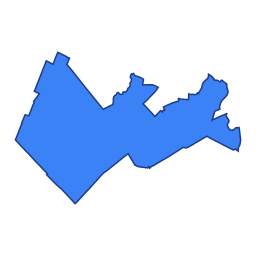 Chau Thanh A, Hau Giang, Vietnam
{"feature_id": "81297802B94036559538482", "entity_name": "Chau Thanh A", "entity_type": "district", "adm_level": 2, "iso_a3": "VNM", "parent_name": "Vietnam", "parent_adm1": "Hau Giang", "projection": "natural_earth1", "projection_center": [105.675, 9.93], "detail": "fine", "context": "isolated", "style": "filled", "palette": "blue", "viewbox_px": 256, "rotation_deg": 0, "n_neighbors": 0, "source": "geoboundaries", "source_scale": "gbopen_adm2", "svg_char_len": 5713}
<svg xmlns="http://www.w3.org/2000/svg" viewBox="0 0 256 256"><path d="M208.5,74.2L208.5,74.5L208.5,75.3L208.5,75.8L208.3,76.5L208.1,77.2L208.1,77.6L207.8,78.4L207.7,78.5L207.4,78.6L206.9,79.0L206.0,79.8L204.4,81.3L203.6,82.0L203.1,82.8L203.0,83.0L202.5,84.7L202.2,85.3L201.6,87.8L201.1,88.9L201.0,89.2L200.7,89.5L200.4,90.0L198.9,92.6L198.4,93.4L198.0,92.8L197.8,92.7L197.2,93.3L195.9,94.5L194.5,94.6L193.7,94.5L193.1,94.4L192.4,94.3L191.4,94.4L190.7,94.4L189.8,94.3L188.8,93.9L188.7,95.6L188.5,98.5L188.4,99.6L185.6,99.5L182.7,99.2L181.6,99.3L179.7,98.7L178.8,98.4L178.3,98.8L178.7,101.0L172.0,103.1L170.7,103.7L170.4,103.8L167.9,104.9L163.4,107.0L164.7,110.3L162.8,110.5L162.5,112.0L160.5,110.6L159.9,111.3L154.9,116.6L153.7,115.2L152.8,114.2L152.1,113.4L151.9,113.1L149.8,111.0L146.8,107.6L145.5,106.2L144.6,105.2L144.0,104.8L143.3,104.3L143.0,103.9L146.7,100.4L149.4,97.6L155.3,91.5L158.2,87.6L157.8,87.3L157.0,86.7L155.8,86.1L154.3,85.5L152.9,85.0L152.6,84.8L152.1,84.7L151.5,84.8L151.1,84.8L150.3,84.7L146.7,84.8L144.2,84.9L143.8,85.0L143.5,85.1L142.6,84.8L143.4,80.2L143.5,80.0L143.4,79.3L143.1,78.9L141.7,78.2L139.3,77.1L137.2,76.3L135.4,75.8L134.8,75.5L134.3,74.7L133.9,73.9L133.6,73.6L133.3,73.4L133.1,73.5L132.7,74.1L132.2,74.2L131.9,74.2L131.6,73.9L130.9,74.8L130.7,75.2L130.6,75.9L130.4,76.3L130.3,76.7L130.4,77.3L130.6,77.8L130.9,78.2L131.3,78.8L131.4,79.1L131.4,80.2L131.3,80.8L131.0,81.6L130.6,82.2L130.4,82.8L129.9,83.2L129.9,83.5L129.9,83.8L130.1,84.2L130.2,84.5L129.8,86.8L129.6,87.1L129.2,87.5L128.5,87.8L128.3,88.0L127.9,88.2L127.8,88.4L127.9,88.9L127.9,89.2L127.7,89.4L127.3,89.9L126.9,90.6L126.3,91.5L125.9,91.8L125.4,92.1L124.9,92.1L124.2,91.9L123.9,91.8L123.5,92.0L123.1,92.2L122.8,92.6L122.8,93.2L122.7,93.9L122.4,94.2L121.8,94.3L120.5,94.4L119.9,94.3L119.6,94.0L119.2,93.6L118.7,92.8L118.4,92.6L117.7,92.5L117.3,92.6L117.0,92.9L116.6,93.7L116.4,94.4L116.2,94.9L115.8,95.1L115.4,95.3L115.0,95.4L113.9,96.5L113.8,96.8L113.6,97.8L113.3,98.8L113.2,99.5L113.3,100.3L113.5,101.5L113.4,101.9L113.1,102.6L113.0,103.1L112.9,104.1L112.8,104.4L112.5,104.7L110.9,105.4L106.5,107.6L103.1,109.3L82.6,84.0L73.1,71.9L67.5,65.1L66.7,64.6L67.0,64.2L69.5,58.1L66.8,57.2L66.9,56.8L66.3,56.5L59.0,52.8L57.8,52.3L55.5,57.8L54.4,60.7L53.0,64.3L46.3,60.8L43.7,67.6L43.3,68.4L41.1,74.1L40.5,75.8L39.9,77.3L39.4,78.4L38.6,80.6L37.3,83.7L35.8,87.8L34.3,91.3L39.4,93.7L33.6,101.5L34.2,102.2L33.7,103.4L32.2,107.0L28.8,115.8L25.1,114.8L21.6,123.2L21.9,123.5L21.0,125.7L19.6,129.1L18.1,133.2L15.4,139.9L18.7,143.4L22.6,147.6L26.1,151.3L27.9,153.0L34.5,160.3L40.5,166.5L42.4,168.6L43.4,169.6L43.8,169.9L45.8,172.1L47.5,173.9L47.5,174.0L46.6,174.7L49.3,177.5L55.9,184.1L56.7,184.9L58.6,186.7L59.4,187.5L60.1,187.8L61.1,188.6L62.0,189.4L62.3,189.9L65.7,193.5L67.4,195.3L68.4,196.4L70.0,198.1L72.0,200.2L72.5,200.8L75.1,203.7L76.3,202.6L79.8,198.9L80.7,197.9L84.8,193.3L86.0,192.1L89.4,188.5L92.6,185.0L94.8,182.5L96.1,181.1L98.1,178.9L100.5,176.1L102.8,173.6L105.3,171.7L105.7,171.5L112.1,166.5L113.5,165.3L115.5,163.7L117.0,162.6L118.8,161.0L120.3,159.9L122.3,158.2L128.1,153.7L133.2,162.2L134.8,165.0L135.5,165.4L137.1,166.1L138.6,166.7L139.0,166.8L146.7,167.8L147.6,167.9L147.7,167.6L147.9,167.2L148.1,167.0L148.5,166.7L148.8,166.5L149.0,166.9L149.2,167.4L149.4,167.9L149.5,168.2L150.3,167.7L150.6,167.4L150.9,167.1L151.1,166.6L151.3,166.3L152.1,166.1L154.0,165.4L154.8,164.8L158.0,162.8L159.2,162.2L162.1,160.4L163.4,159.7L166.2,158.1L171.5,154.8L172.0,154.5L176.1,151.9L180.0,149.4L182.7,147.6L183.1,147.5L184.1,147.6L186.0,147.9L186.4,147.8L186.9,147.7L187.5,147.5L188.7,146.8L191.7,145.2L193.0,144.4L196.4,142.3L197.4,141.8L201.4,139.4L205.6,137.0L206.7,136.2L211.3,138.7L213.9,140.0L214.5,140.4L215.5,140.9L218.3,142.3L222.0,144.2L223.4,145.0L228.8,147.7L233.3,150.0L235.6,149.0L236.0,149.6L236.6,150.2L237.7,150.8L238.2,150.9L238.3,151.0L238.4,147.9L238.4,147.6L239.1,146.3L239.5,145.6L239.9,144.6L240.1,143.5L240.3,142.1L240.5,141.4L240.6,140.3L240.6,139.7L239.7,132.2L239.6,130.8L239.3,129.2L239.2,128.0L239.0,127.5L238.8,127.6L238.4,127.7L237.7,127.6L237.1,127.8L236.3,127.7L236.1,127.8L235.9,128.0L235.6,127.9L234.9,128.9L233.8,129.6L233.5,129.7L233.2,129.7L232.9,129.9L232.7,130.2L232.4,130.3L232.1,130.4L231.6,130.3L231.3,130.3L231.1,130.2L230.9,130.1L230.6,129.9L230.3,129.6L230.0,129.6L229.5,129.7L228.3,127.4L228.0,126.8L227.8,126.4L227.5,125.7L227.4,125.0L227.5,124.1L228.2,123.0L228.5,122.5L228.7,121.7L228.9,120.9L228.9,120.4L228.7,120.0L228.4,119.5L228.0,118.9L227.5,118.0L226.7,117.0L226.4,116.3L226.2,115.7L226.1,115.3L226.2,114.8L226.4,114.4L226.7,114.1L227.1,113.6L227.3,113.4L226.6,113.7L225.7,114.1L222.8,115.3L220.7,116.2L219.9,116.5L217.1,117.8L214.3,119.1L212.9,119.6L212.5,119.8L212.2,120.0L212.6,118.7L213.2,116.8L213.7,114.9L214.0,113.9L214.9,111.1L219.9,109.2L219.5,106.5L220.7,103.2L220.9,102.6L221.6,101.2L221.7,100.8L224.7,97.8L226.0,96.3L226.5,95.7L227.0,95.1L227.1,94.7L227.2,94.3L227.7,93.4L227.9,92.9L228.0,92.5L228.0,92.0L228.0,91.3L227.9,90.8L227.7,90.4L227.6,90.0L227.0,87.4L226.8,86.3L226.7,85.1L226.7,84.8L226.9,84.2L225.9,83.4L223.4,81.5L223.1,81.2L222.9,80.9L222.4,80.6L222.0,80.2L221.8,80.2L221.6,80.2L221.3,80.5L221.1,80.8L220.7,80.9L220.5,81.1L220.2,81.7L220.1,81.8L219.9,81.8L219.6,81.7L219.4,81.6L219.0,81.5L218.8,81.4L218.5,81.2L218.3,80.9L218.1,80.7L217.7,80.6L217.3,80.3L216.9,80.2L216.3,80.3L216.0,80.3L215.6,80.1L215.3,80.1L214.9,80.4L214.6,80.5L214.4,80.3L214.3,80.0L214.2,79.4L214.1,79.1L213.9,78.9L213.7,78.7L213.3,78.5L213.3,78.3L213.2,78.0L213.0,77.7L212.9,77.6L212.6,77.5L212.5,77.4L212.4,77.2L212.3,76.9L212.0,76.7L211.6,76.2L211.2,76.0L210.8,75.8L210.5,75.5L209.9,75.1L209.2,74.6L208.5,74.2Z" fill="#3b82f6" stroke="#1e3a8a" stroke-width="1.5"/></svg>